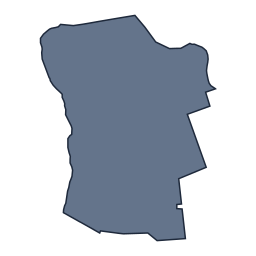 Jebel Awlia, Khartoum, Sudan
{"feature_id": "16777658B74371618965754", "entity_name": "Jebel Awlia", "entity_type": "district", "adm_level": 2, "iso_a3": "SDN", "parent_name": "Sudan", "parent_adm1": "Khartoum", "projection": "orthographic", "projection_center": [32.571, 15.354], "detail": "fine", "context": "isolated", "style": "filled", "palette": "slate", "viewbox_px": 256, "rotation_deg": 0, "n_neighbors": 0, "source": "geoboundaries", "source_scale": "gbopen_adm2", "svg_char_len": 1298}
<svg xmlns="http://www.w3.org/2000/svg" viewBox="0 0 256 256"><path d="M99.7,233.0L100.5,230.9L118.8,233.3L123.4,233.8L147.8,233.0L157.1,240.6L185.4,238.6L182.1,209.0L176.8,208.6L176.8,204.5L181.5,204.0L178.7,178.7L202.1,169.0L206.2,167.3L187.3,114.3L209.9,106.1L205.6,92.2L215.5,88.8L215.4,88.7L215.0,88.4L214.4,88.1L214.2,87.9L210.9,85.7L209.2,83.3L208.4,80.9L207.9,78.8L207.3,75.8L206.8,73.2L206.5,70.6L206.8,67.9L207.1,65.6L207.7,62.5L208.1,59.1L207.7,55.0L206.2,50.8L203.7,48.5L201.8,47.1L199.9,46.4L197.6,45.5L194.5,44.2L191.9,44.3L189.9,43.4L180.9,48.3L175.2,48.4L169.5,48.6L155.7,42.0L144.8,27.1L134.9,15.4L116.8,18.4L99.1,21.4L88.4,23.3L82.4,24.3L73.4,25.6L65.7,24.9L60.6,24.4L58.3,26.8L55.7,27.5L51.5,28.3L49.6,29.1L47.2,31.0L43.5,34.2L40.5,38.3L40.5,42.8L41.9,46.9L42.2,49.1L41.7,52.7L42.2,59.1L49.2,77.8L49.8,78.3L50.3,80.7L53.2,85.2L56.5,88.8L60.8,92.8L62.2,94.3L62.2,97.4L64.0,101.3L64.7,103.6L64.6,105.8L65.8,109.6L65.6,114.7L68.5,120.5L71.2,125.8L72.0,128.5L71.7,134.4L69.9,135.7L67.9,138.6L67.9,147.5L69.1,152.7L70.3,156.3L70.1,159.3L70.1,163.0L71.8,166.8L72.6,170.2L72.0,176.3L71.0,179.1L69.8,182.0L68.8,187.4L67.6,191.1L65.8,203.3L64.6,205.8L63.6,209.7L63.4,212.6L63.5,212.7L79.9,221.9L80.4,222.1L95.6,230.7L99.7,233.0Z" fill="#64748b" stroke="#1e293b" stroke-width="1.5"/></svg>